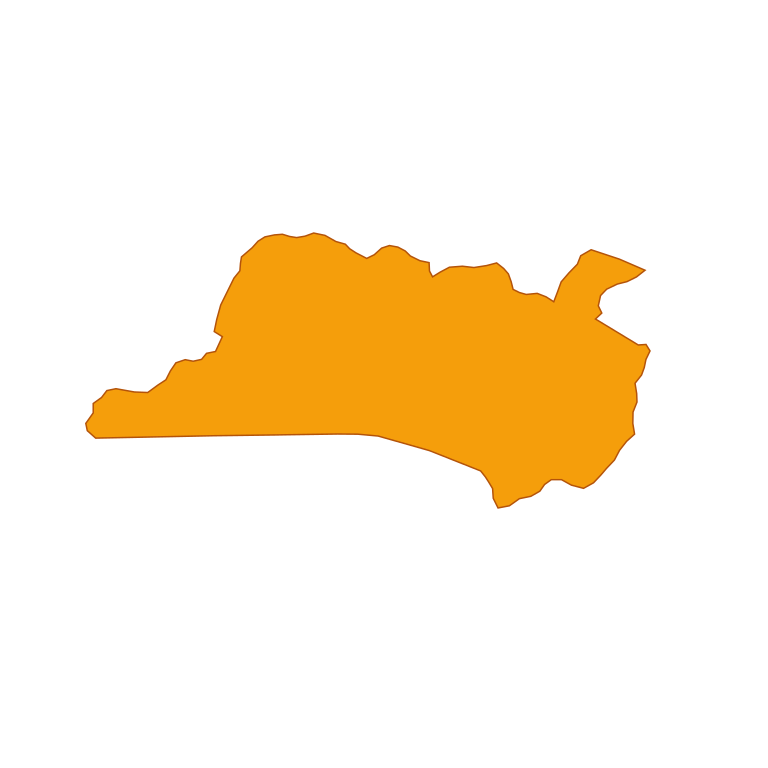 the district of Pedras Grandes, Santa Catarina, Brazil, rotated 62°
{"feature_id": "56859067B67009186036385", "entity_name": "Pedras Grandes", "entity_type": "district", "adm_level": 2, "iso_a3": "BRA", "parent_name": "Brazil", "parent_adm1": "Santa Catarina", "projection": "equal_earth", "projection_center": [-49.21, -28.49], "detail": "fine", "context": "isolated", "style": "filled", "palette": "amber", "viewbox_px": 768, "rotation_deg": 62, "n_neighbors": 0, "source": "geoboundaries", "source_scale": "gbopen_adm2", "svg_char_len": 1658}
<svg xmlns="http://www.w3.org/2000/svg" viewBox="0 0 768 768"><g transform="rotate(62 384 384)"><path d="M285.9,667.9L296.4,664.0L349.9,558.3L377.9,504.0L383.5,493.0L406.4,448.4L416.0,430.7L427.2,413.6L464.1,375.2L506.1,339.5L513.7,338.1L519.7,337.6L527.3,337.2L536.2,341.2L547.0,341.5L550.4,330.5L548.8,318.3L552.1,307.1L551.8,296.7L548.1,289.4L547.0,281.2L551.8,272.2L561.3,266.0L569.8,256.8L569.6,245.4L566.2,235.3L563.0,227.2L559.3,216.2L553.1,207.1L548.5,196.7L545.9,186.3L535.6,182.8L525.7,177.3L518.7,169.1L511.1,165.4L501.2,162.0L497.0,152.4L491.7,146.5L485.3,141.2L479.7,133.6L472.1,134.1L468.9,141.2L425.9,166.8L423.6,158.4L415.6,158.1L407.6,151.3L404.8,142.9L405.3,131.1L407.7,121.4L408.0,110.8L406.1,100.1L384.3,117.5L362.7,138.1L363.1,150.1L369.0,157.0L372.7,168.5L377.0,179.6L384.2,187.6L391.1,195.5L383.1,200.0L375.9,206.2L371.7,216.4L366.8,221.5L361.1,225.6L353.4,223.7L345.2,222.5L338.2,224.1L330.0,227.7L327.6,237.8L323.4,249.9L316.8,259.5L311.6,271.4L311.6,282.0L312.2,290.8L305.6,290.8L298.0,287.2L292.0,294.4L283.4,300.6L276.5,302.8L269.6,307.5L264.3,314.2L262.9,322.3L265.3,331.9L265.0,340.3L255.0,347.2L248.5,350.8L242.4,352.5L235.6,359.6L225.1,366.3L217.7,375.2L216.4,384.3L213.7,392.4L209.4,398.1L204.1,403.4L200.9,410.8L198.2,420.1L198.8,428.2L201.8,436.4L204.9,450.2L210.1,454.1L216.4,458.1L220.1,466.8L237.6,491.1L248.5,501.4L258.0,509.3L266.3,504.5L276.2,517.5L273.6,526.3L276.6,533.5L274.3,541.8L269.2,548.1L267.6,557.8L272.2,566.5L277.9,574.6L278.8,584.2L280.6,596.6L273.9,608.1L262.3,622.9L259.7,631.8L263.3,639.7L264.7,649.9L273.0,654.3L278.8,665.8L285.9,667.9Z" fill="#f59e0b" stroke="#b45309" stroke-width="1.5"/></g></svg>